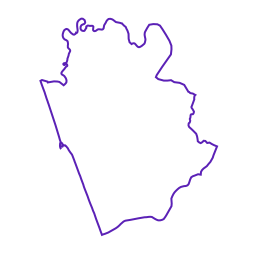 Sai Buri, Pattani, Thailand (Equal Earth projection), rotated 183°
{"feature_id": "78962969B50948303321552", "entity_name": "Sai Buri", "entity_type": "district", "adm_level": 2, "iso_a3": "THA", "parent_name": "Thailand", "parent_adm1": "Pattani", "projection": "equal_earth", "projection_center": [101.61, 6.703], "detail": "fine", "context": "isolated", "style": "outline", "palette": "violet", "viewbox_px": 256, "rotation_deg": 183, "n_neighbors": 0, "source": "geoboundaries", "source_scale": "gbopen_adm2", "svg_char_len": 5880}
<svg xmlns="http://www.w3.org/2000/svg" viewBox="0 0 256 256"><g transform="rotate(183 128 128)"><path d="M185.0,220.2L185.3,219.5L185.4,219.4L185.7,219.0L186.4,218.6L186.7,218.4L186.9,218.4L187.6,218.5L188.2,218.8L188.9,219.3L189.7,219.8L190.8,220.9L192.3,222.6L192.9,223.1L193.5,223.5L194.1,223.6L194.6,223.7L195.0,223.6L195.5,223.3L196.5,222.6L196.8,222.2L197.1,221.6L197.4,221.0L197.6,220.3L198.0,218.7L198.1,217.7L198.1,217.1L198.0,216.6L197.9,216.0L197.7,215.5L197.5,215.0L197.1,214.3L196.6,213.8L196.0,213.2L194.3,212.5L193.5,212.0L193.0,211.6L192.8,211.2L192.6,210.6L192.3,208.9L192.3,208.2L192.4,207.2L192.3,206.0L192.3,205.5L192.2,205.2L192.0,204.9L191.8,204.7L191.3,204.2L190.7,203.7L190.3,203.3L190.0,202.9L189.9,202.6L189.8,202.3L189.8,202.0L189.8,201.7L190.6,199.8L190.9,199.1L191.2,197.1L192.0,194.4L192.1,194.1L192.1,192.9L192.3,192.0L192.5,191.2L192.7,190.6L193.0,190.0L193.4,189.7L193.9,189.6L195.0,189.4L195.3,189.3L195.5,189.2L195.9,188.7L195.9,188.3L195.7,188.0L195.4,187.7L195.0,187.6L194.7,187.6L193.8,188.3L193.3,188.7L193.1,188.7L192.8,188.6L192.3,188.3L192.1,188.0L191.9,187.1L191.9,186.9L192.0,186.7L192.9,186.0L193.2,185.8L194.7,183.5L196.2,181.6L197.0,180.4L197.3,179.7L197.4,179.3L197.3,178.7L197.2,178.5L197.0,178.3L196.8,178.0L196.4,177.8L195.1,177.1L194.5,176.7L194.1,176.3L193.5,175.5L192.8,174.6L192.5,174.0L192.3,173.5L192.0,172.7L191.9,172.2L191.9,171.7L191.9,171.1L191.9,170.6L192.2,169.9L192.4,169.6L193.1,168.7L194.5,167.3L198.9,170.4L200.9,170.7L204.3,170.7L210.5,169.3L210.8,170.1L216.4,171.4L217.9,170.5L216.4,166.8L214.6,162.6L213.9,161.0L213.1,159.2L212.2,156.7L211.9,156.0L210.9,153.3L209.5,150.0L209.3,149.3L208.7,148.0L200.5,126.9L196.4,115.6L195.7,113.5L195.1,111.8L194.6,110.8L194.6,110.5L195.0,108.8L195.0,107.8L195.0,106.5L194.7,105.2L194.5,104.6L194.3,104.3L194.2,104.4L194.1,104.5L194.3,104.9L194.6,105.9L194.7,107.8L194.7,108.6L194.5,109.8L194.4,110.2L192.8,109.1L192.7,108.8L192.6,108.5L192.3,108.0L192.2,107.8L192.1,107.7L192.7,106.4L192.6,106.2L192.4,106.1L191.6,107.6L191.4,107.6L190.7,107.2L190.2,107.4L189.9,107.4L189.5,107.1L189.2,106.7L188.7,106.5L187.9,105.5L187.0,104.6L186.2,103.1L184.8,101.2L183.5,99.6L182.6,98.6L182.0,97.4L180.3,93.6L179.8,92.5L179.7,92.1L178.7,89.9L175.4,82.2L174.7,80.5L174.0,79.0L173.4,77.9L171.9,74.2L170.5,71.0L169.7,69.2L169.1,67.4L168.3,65.5L164.8,57.8L163.4,54.3L161.8,50.7L159.7,46.3L158.6,43.6L157.3,41.1L156.6,39.3L155.1,35.5L152.8,30.2L151.1,26.3L150.3,24.3L148.4,19.9L147.4,20.4L145.5,21.1L142.2,22.6L140.5,23.7L135.0,27.2L133.1,28.7L131.4,30.4L130.3,31.7L127.5,34.4L125.8,35.3L120.3,36.5L114.7,37.9L112.7,38.4L106.9,39.7L104.9,39.9L102.8,40.3L101.2,40.5L99.5,40.4L96.4,38.7L94.7,37.9L93.1,37.4L91.0,37.5L89.3,38.0L87.6,38.9L86.1,41.2L85.1,43.0L80.5,52.2L80.4,54.8L80.7,57.2L81.0,59.8L80.2,62.1L79.2,64.4L78.2,66.1L76.9,67.7L75.3,69.4L73.8,70.8L72.1,71.9L70.6,72.4L68.9,72.9L67.2,73.1L66.4,73.5L65.6,73.8L64.5,75.2L63.8,77.6L63.2,79.9L62.3,82.1L60.6,83.3L59.1,83.9L55.6,85.5L52.9,85.2L52.8,88.0L51.9,89.8L50.4,91.5L48.9,92.7L47.3,94.0L45.6,96.4L44.0,98.4L41.8,102.8L41.2,105.2L39.1,111.4L38.1,114.3L41.0,115.3L43.5,116.4L45.8,117.7L48.1,117.2L50.1,119.1L51.8,119.2L53.1,117.7L54.6,116.7L56.1,117.3L57.6,118.4L58.0,120.8L58.6,123.3L59.6,125.8L63.8,129.6L65.5,131.0L66.9,132.1L67.7,133.6L67.7,135.3L67.5,136.0L66.7,136.6L66.3,138.1L66.3,138.9L66.7,139.9L66.7,140.6L66.4,141.1L66.2,142.2L66.2,143.6L66.1,144.3L65.6,145.0L63.9,145.2L63.4,145.9L63.1,146.9L63.0,147.8L64.5,150.2L65.3,151.1L65.7,151.9L65.7,152.7L65.5,153.0L64.7,155.5L63.3,160.1L63.5,161.4L63.3,163.3L62.9,164.1L62.5,164.5L65.1,165.8L67.6,166.1L68.9,167.2L69.6,167.3L74.1,174.0L78.8,175.8L84.2,176.2L87.5,178.0L91.1,177.4L94.7,177.2L100.3,178.4L102.2,179.8L102.8,180.2L102.1,182.3L97.1,190.8L89.0,203.7L88.7,208.8L89.0,212.5L91.2,217.3L95.0,223.1L98.8,228.5L101.4,231.9L104.1,233.1L108.2,233.1L112.2,232.2L114.0,229.0L115.7,225.5L116.0,224.8L116.2,224.1L116.3,222.8L116.3,222.2L116.2,221.4L115.9,220.1L115.3,217.9L115.2,217.0L115.2,216.8L115.5,214.9L115.6,214.3L115.9,213.4L116.1,213.0L116.3,212.8L117.8,211.4L118.7,210.6L119.9,209.8L120.3,209.6L121.1,209.3L121.6,209.3L122.0,209.4L122.7,209.8L123.5,210.5L125.2,212.3L125.9,212.8L126.5,212.9L126.9,212.9L127.4,212.8L128.1,212.5L128.8,212.0L130.9,213.7L132.0,217.0L132.4,222.1L133.4,224.6L133.8,225.5L134.8,227.1L135.4,228.5L135.7,228.9L136.6,229.5L137.4,230.1L138.9,231.5L139.6,232.2L140.0,232.1L141.1,232.5L142.3,232.7L144.6,233.0L145.3,233.1L145.7,233.2L146.1,233.5L146.7,233.9L148.1,234.9L149.1,235.5L149.9,235.8L150.3,235.9L151.5,236.1L152.3,236.0L152.8,235.9L153.2,235.8L153.7,235.3L154.2,234.8L154.8,234.1L155.3,233.1L155.8,231.9L157.0,229.7L157.2,229.2L157.3,228.5L157.5,226.9L157.6,226.2L158.0,225.6L158.4,225.2L158.8,225.0L159.4,224.9L160.7,225.0L162.2,225.1L162.8,225.0L163.6,224.7L164.9,223.6L165.4,223.3L165.8,223.1L166.3,223.0L166.8,223.0L167.3,223.2L167.5,223.4L167.8,223.7L168.0,224.1L168.0,224.4L168.0,225.2L167.9,226.6L167.9,227.1L167.9,227.4L168.1,227.7L168.3,227.9L168.8,228.1L169.1,228.2L170.9,228.0L171.6,228.0L173.0,228.2L173.4,228.2L173.7,228.1L174.4,227.6L174.8,227.4L174.9,227.2L175.0,226.8L175.1,226.5L175.0,226.3L174.8,225.9L175.0,225.4L175.6,224.6L176.3,223.2L176.6,222.8L176.8,222.7L177.1,222.6L178.1,222.6L178.7,222.8L179.4,223.0L179.6,223.2L179.9,223.5L180.1,223.7L180.5,224.5L180.6,224.9L180.6,225.5L180.6,226.4L180.6,226.7L180.4,227.1L180.1,227.9L179.9,228.1L179.6,228.4L178.8,228.9L177.5,229.5L177.1,229.7L176.8,230.1L176.5,230.5L176.4,230.8L176.3,231.1L176.3,231.4L176.5,232.1L176.8,233.0L177.0,233.4L177.2,233.7L177.7,233.9L178.5,234.5L178.8,234.7L179.9,234.8L180.5,234.7L182.1,233.6L183.0,232.7L183.6,231.8L183.8,231.5L184.0,230.8L184.2,230.1L184.2,229.6L184.2,228.2L184.1,226.8L183.4,222.9L183.5,221.5L183.6,221.1L183.7,220.8L184.0,220.4L184.7,219.9L184.8,220.0L185.0,220.2Z" fill="none" stroke="#5b21b6" stroke-width="2"/></g></svg>